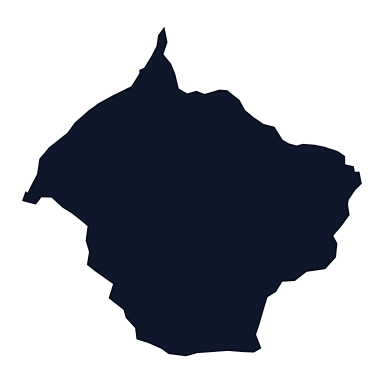 outline of Stavrokonnou, Paphos, Cyprus
{"feature_id": "46923920B66998759901759", "entity_name": "Stavrokonnou", "entity_type": "district", "adm_level": 2, "iso_a3": "CYP", "parent_name": "Cyprus", "parent_adm1": "Paphos", "projection": "equal_earth", "projection_center": [32.616, 34.788], "detail": "fine", "context": "isolated", "style": "filled", "palette": "ink", "viewbox_px": 384, "rotation_deg": 0, "n_neighbors": 0, "source": "geoboundaries", "source_scale": "gbopen_adm2", "svg_char_len": 1241}
<svg xmlns="http://www.w3.org/2000/svg" viewBox="0 0 384 384"><path d="M25.9,192.4L23.0,200.4L35.6,203.7L41.0,196.6L51.8,196.8L62.8,206.9L72.0,212.6L82.6,220.9L88.4,225.9L86.4,240.6L89.8,251.9L87.7,264.5L96.1,271.1L114.0,283.7L109.5,297.9L124.2,309.5L126.4,317.4L135.8,327.7L136.7,334.5L137.2,338.8L147.8,342.0L161.7,348.1L168.9,353.3L185.8,355.5L197.5,352.3L212.3,351.3L227.8,350.1L242.4,351.3L253.7,351.8L260.4,347.9L255.2,334.6L258.8,324.0L263.1,309.0L266.9,296.7L275.5,291.3L281.8,281.0L294.6,280.2L306.3,271.1L324.9,268.4L335.3,256.9L335.8,251.3L336.6,243.6L332.3,235.7L341.1,225.4L348.8,214.8L347.2,204.5L348.0,199.5L355.0,189.2L361.0,183.4L358.8,172.4L354.3,172.6L353.1,166.9L344.5,164.9L344.3,156.5L337.6,151.9L324.0,147.4L314.4,145.5L302.9,144.6L296.6,146.3L288.3,144.0L282.0,140.3L274.1,127.5L263.1,124.6L253.0,117.7L244.4,110.5L239.0,100.5L226.9,90.9L219.5,90.4L204.4,94.8L196.3,91.6L187.1,94.3L178.1,89.1L174.5,73.9L170.5,64.3L162.6,54.5L166.7,42.2L164.0,28.5L158.8,35.6L157.2,46.4L152.0,56.5L144.6,68.5L140.1,70.4L140.1,73.7L131.9,86.8L112.8,96.2L99.1,103.7L88.8,111.2L75.5,122.9L68.0,133.2L49.4,148.0L44.4,154.1L40.1,159.0L37.8,174.3L32.9,183.6L27.7,194.0L25.9,192.4Z" fill="#0f172a" stroke="#020617" stroke-width="1.5"/></svg>